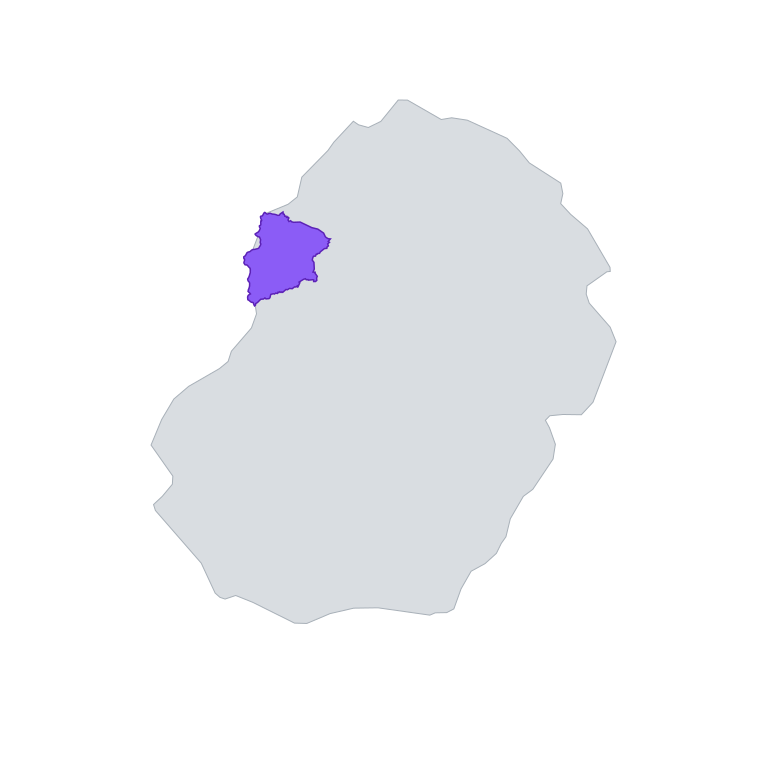 Novatsi, Novaci, North Macedonia shown in context, rotated 136°
{"feature_id": "65306769B28760853140319", "entity_name": "Novatsi", "entity_type": "district", "adm_level": 2, "iso_a3": "MKD", "parent_name": "North Macedonia", "parent_adm1": "Novaci", "projection": "albers", "projection_center": [21.684, 41.019], "detail": "fine", "context": "in_parent", "style": "filled", "palette": "violet", "viewbox_px": 768, "rotation_deg": 136, "n_neighbors": 0, "source": "geoboundaries", "source_scale": "gbopen_adm2", "svg_char_len": 4217}
<svg xmlns="http://www.w3.org/2000/svg" viewBox="0 0 768 768"><g transform="rotate(136 384 384)"><path d="M350.3,204.9L361.8,206.4L386.8,199.3L402.4,189.4L410.3,187.9L420.8,184.1L436.0,184.6L451.4,188.8L470.9,183.1L490.0,173.7L497.7,176.0L506.1,183.8L511.6,185.9L543.8,227.2L561.5,243.8L582.3,256.3L605.9,265.4L614.5,274.2L630.1,318.2L637.6,334.9L647.7,339.7L650.2,344.5L650.7,350.9L639.9,382.1L636.3,451.8L633.5,457.4L621.6,457.2L605.9,458.9L599.9,464.4L594.0,501.9L568.6,512.9L545.6,519.2L526.1,518.0L491.7,509.4L480.5,508.5L471.0,513.6L440.4,516.4L427.0,523.0L395.5,566.8L363.5,581.9L352.6,589.6L328.1,579.9L316.4,578.8L299.4,589.9L262.2,590.9L252.1,592.8L223.5,594.3L222.3,588.2L217.1,579.4L203.8,575.1L176.5,578.4L169.9,571.9L159.1,534.5L150.4,528.5L140.8,515.9L124.8,475.2L124.6,457.5L125.9,442.1L117.3,405.7L123.1,396.7L131.6,391.0L131.9,376.4L129.8,354.2L140.4,310.9L143.1,307.8L145.7,309.9L169.8,313.6L176.1,308.2L180.2,299.6L181.8,267.8L187.7,253.2L246.3,225.7L263.4,224.8L276.5,237.8L286.8,246.0L293.1,245.8L295.4,237.5L302.6,221.6L314.5,212.6L350.0,204.9L350.3,204.9Z" fill="#d9dde1" stroke="#a8b0b8" stroke-width="1"/><path d="M337.2,577.9L337.7,578.0L339.0,578.2L340.0,578.4L340.6,578.5L341.0,578.3L342.0,578.1L342.3,578.3L343.3,579.1L343.9,580.5L344.3,581.3L344.6,581.7L345.2,582.6L345.5,582.9L346.0,583.4L346.9,585.0L347.1,585.6L347.4,586.0L347.7,586.2L348.8,586.8L349.7,587.1L350.0,587.4L350.2,587.8L350.4,589.0L350.5,589.4L350.4,589.8L350.6,590.3L351.5,590.4L352.0,590.3L353.1,589.9L354.2,589.6L354.4,589.5L355.0,589.6L355.6,590.0L356.1,590.3L356.6,590.2L357.0,589.7L357.5,588.9L357.8,588.2L358.1,587.2L358.5,586.5L359.1,586.4L359.4,586.8L360.9,585.4L361.2,584.9L361.5,584.6L362.1,584.1L362.6,584.0L362.9,584.0L363.0,584.0L363.5,584.4L363.8,584.3L364.1,584.0L364.5,583.5L364.6,583.0L364.8,582.4L364.9,581.9L365.2,581.7L365.6,581.6L367.3,580.9L369.1,580.7L370.2,581.0L371.0,581.2L372.6,581.4L372.8,580.5L372.8,579.6L372.6,578.7L372.3,577.6L371.8,576.7L371.5,576.2L372.1,574.6L372.5,573.6L372.9,573.2L374.0,572.4L375.0,571.5L375.1,571.1L375.3,570.3L375.9,569.9L376.6,569.6L378.9,569.0L379.4,568.8L380.0,568.8L380.4,568.9L382.5,570.1L383.1,570.4L383.4,570.6L383.8,570.9L384.2,571.4L386.2,572.3L387.7,572.3L388.6,572.4L389.3,572.8L389.9,573.2L390.7,573.5L391.4,573.6L393.5,572.9L395.0,572.6L395.4,572.7L396.3,572.9L396.5,572.9L397.2,572.2L397.5,571.8L397.7,571.4L397.5,571.1L397.6,570.8L397.8,570.4L398.4,569.8L399.3,569.3L399.5,569.2L400.1,568.9L400.7,568.4L401.1,566.6L401.1,566.2L400.5,565.5L400.0,565.0L399.9,564.0L399.9,563.4L399.9,563.2L400.0,562.5L400.0,561.5L399.9,560.6L400.2,559.7L401.1,558.7L402.8,557.1L402.9,556.9L404.0,556.4L404.3,556.2L406.2,555.1L408.2,554.4L409.0,554.3L409.6,553.7L409.9,553.0L410.2,552.2L410.2,551.8L410.2,550.7L410.7,549.8L411.4,549.1L412.7,547.8L414.5,546.7L415.4,546.3L416.1,546.0L417.5,545.0L417.5,544.3L417.4,543.3L417.4,542.4L417.5,541.6L418.8,541.9L419.9,542.1L420.6,541.9L421.3,541.6L422.0,541.0L422.4,540.5L423.4,539.2L423.0,537.9L422.9,536.3L422.8,535.7L422.6,534.9L422.5,534.7L422.2,534.4L421.7,533.9L421.6,533.5L421.6,533.3L422.2,532.1L422.8,530.6L422.9,530.1L421.6,530.0L420.4,531.0L418.4,530.5L413.8,530.6L411.6,528.8L409.9,528.6L409.8,527.2L407.4,525.3L406.1,525.3L403.2,527.1L400.9,525.8L400.3,524.8L398.8,524.6L397.8,523.2L396.4,523.6L396.2,522.8L394.9,522.8L394.5,521.4L393.5,521.2L393.2,520.3L388.9,520.1L388.0,518.9L385.6,518.4L383.8,516.3L380.9,516.0L380.1,515.1L378.1,514.7L378.8,513.8L378.5,513.6L374.2,515.3L374.3,516.3L369.2,515.2L367.4,514.3L367.5,513.0L366.1,511.9L366.3,511.3L362.7,508.4L362.3,507.7L363.4,506.6L362.1,505.3L360.4,505.2L358.8,507.1L357.2,507.8L356.6,511.7L355.9,512.2L357.3,513.8L354.3,515.1L349.9,520.2L349.5,523.0L347.5,524.3L346.0,524.9L344.4,523.6L342.7,524.4L342.0,523.8L341.4,524.1L339.6,522.8L338.0,523.3L332.8,522.8L330.9,521.3L329.8,522.1L328.0,522.0L327.2,523.9L324.8,523.8L325.1,525.3L321.8,525.6L323.2,527.3L323.8,529.4L323.9,530.7L322.6,534.5L324.0,541.4L327.3,546.6L331.8,558.7L336.8,563.2L337.8,565.0L337.7,566.3L339.5,566.9L339.1,568.7L337.1,569.5L337.2,570.8L337.5,570.5L338.4,571.6L337.9,572.8L338.8,573.6L337.9,575.4L338.4,576.3L337.2,577.9Z" fill="#8b5cf6" stroke="#5b21b6" stroke-width="1.5"/></g></svg>